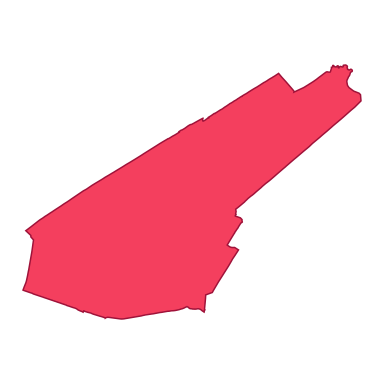 outline of Marsa, Giurgiu, Romania
{"feature_id": "2599482B58006673270206", "entity_name": "Marsa", "entity_type": "district", "adm_level": 2, "iso_a3": "ROU", "parent_name": "Romania", "parent_adm1": "Giurgiu", "projection": "natural_earth1", "projection_center": [25.561, 44.365], "detail": "fine", "context": "isolated", "style": "filled", "palette": "rose", "viewbox_px": 384, "rotation_deg": 0, "n_neighbors": 0, "source": "geoboundaries", "source_scale": "gbopen_adm2", "svg_char_len": 5784}
<svg xmlns="http://www.w3.org/2000/svg" viewBox="0 0 384 384"><path d="M204.1,312.1L204.2,311.8L204.3,311.1L204.7,310.3L204.9,309.7L204.5,309.4L204.8,306.2L205.5,298.5L205.7,294.9L209.5,293.5L212.3,292.5L213.5,290.3L218.5,281.8L221.7,276.8L228.6,265.9L231.1,261.6L232.6,258.9L234.5,256.1L235.3,254.9L238.0,250.7L238.5,249.9L234.7,247.5L234.0,247.5L232.0,247.5L230.3,247.1L228.5,246.0L227.2,245.0L230.9,238.9L233.9,234.0L234.6,233.0L234.6,232.8L234.8,232.6L235.1,231.9L235.8,231.0L236.6,229.7L237.5,228.5L237.9,228.0L238.4,227.0L239.0,226.0L239.4,225.4L240.1,224.2L241.0,223.0L241.2,222.8L241.8,222.5L242.2,222.2L242.3,222.0L242.2,221.5L242.0,220.9L242.0,220.7L242.1,219.8L242.0,219.6L241.7,219.2L241.2,218.7L240.7,218.2L240.5,217.9L237.7,216.9L235.5,216.2L235.3,216.1L235.3,215.9L235.3,215.6L235.5,215.3L235.8,214.8L236.0,214.4L235.7,214.3L235.7,214.1L235.6,213.8L236.1,211.7L235.8,209.9L235.7,209.2L236.5,208.6L238.4,207.1L241.2,204.8L244.5,202.0L245.2,201.2L246.6,199.9L248.1,198.4L249.2,197.5L251.2,195.9L251.7,195.6L253.6,194.1L256.4,191.6L257.1,191.0L261.1,187.6L262.3,186.4L265.7,183.5L269.1,180.9L271.0,179.3L274.7,176.1L277.2,173.9L283.1,168.8L285.5,166.8L286.1,166.2L294.3,159.1L296.5,157.3L299.2,155.0L300.6,153.8L303.9,151.0L306.8,148.6L309.3,146.5L312.4,143.5L319.8,137.3L322.4,135.0L323.7,133.9L326.7,131.4L329.2,129.2L331.5,127.2L332.8,126.0L340.9,119.2L343.3,117.1L351.2,110.1L354.7,107.2L361.0,100.9L360.5,94.7L359.1,93.2L353.7,91.1L349.0,87.6L347.5,85.4L346.8,81.6L347.0,80.2L347.9,78.3L348.2,77.6L348.5,76.8L349.1,76.1L349.5,75.5L349.8,74.8L349.9,74.3L350.1,73.7L350.3,73.1L350.4,72.6L350.7,72.2L350.9,72.1L351.8,71.7L352.2,71.3L352.3,70.9L352.3,70.4L352.2,70.1L351.4,69.4L350.9,69.2L350.6,69.3L349.6,69.9L349.2,70.0L348.8,69.9L348.3,69.6L347.9,69.5L347.6,69.3L347.4,68.9L347.4,68.5L347.5,68.3L347.2,67.8L347.1,67.6L347.2,67.1L347.4,66.6L347.3,66.2L347.0,65.8L346.6,65.5L346.0,65.1L345.5,65.0L345.1,65.0L344.6,65.1L344.0,65.2L343.4,65.2L343.2,65.4L343.2,65.6L343.2,65.9L343.3,66.2L343.2,66.5L342.9,66.9L342.7,66.9L342.3,66.9L341.5,66.7L340.9,66.5L340.5,66.4L340.2,66.5L339.3,67.2L339.1,67.8L338.7,67.9L338.4,67.8L338.2,67.6L338.2,67.4L338.4,67.2L338.5,66.9L338.5,66.3L338.4,66.1L338.2,66.0L337.8,65.8L337.4,65.9L337.0,66.1L336.8,66.5L336.6,66.8L335.8,66.9L335.3,66.9L334.9,66.7L334.0,66.6L333.9,66.5L333.9,66.3L333.9,66.0L333.9,65.8L333.5,65.5L333.2,65.4L332.8,65.5L332.7,65.8L332.8,66.3L332.7,66.6L332.6,66.9L331.4,67.3L331.5,68.3L331.4,68.5L330.5,71.4L330.4,71.7L330.2,72.0L329.8,72.2L329.6,72.2L328.6,72.1L327.1,71.8L326.6,71.9L326.4,72.0L326.1,72.1L325.6,72.4L322.8,74.5L321.5,75.5L318.8,77.5L316.4,79.4L314.1,81.0L312.8,81.9L305.3,86.6L304.0,87.4L303.0,87.9L294.0,92.1L294.2,91.5L293.6,90.7L292.8,89.7L291.6,88.3L285.8,81.6L281.7,77.1L278.6,73.4L274.4,76.2L273.0,77.0L271.8,77.8L270.8,78.3L268.2,79.9L267.3,80.6L264.6,82.2L263.9,82.5L257.3,86.8L255.0,88.1L253.3,89.1L252.0,89.9L251.0,90.5L249.8,91.3L249.4,91.5L247.2,93.0L245.6,94.0L244.4,94.6L242.3,95.9L241.5,96.4L241.6,96.5L241.2,96.6L240.3,97.1L239.0,98.0L238.2,98.5L237.5,98.9L236.8,99.5L235.8,100.1L235.3,100.4L234.0,101.1L232.6,102.1L231.3,102.9L229.9,103.6L229.3,104.1L228.1,104.9L227.7,105.2L226.4,106.1L224.6,107.2L222.6,108.7L221.8,109.2L220.6,109.8L220.1,110.1L218.7,111.0L215.9,112.8L215.3,113.1L215.1,113.2L215.0,113.5L214.2,113.5L211.1,115.7L208.8,117.1L209.0,117.2L208.9,117.8L208.3,118.1L207.9,118.1L206.5,119.1L205.9,119.5L205.7,119.8L205.2,120.1L203.3,121.1L203.0,121.1L202.8,120.9L202.6,120.5L202.6,120.2L202.6,119.7L202.7,119.3L202.9,118.8L203.0,118.3L202.8,118.3L200.1,119.7L191.6,124.4L190.3,124.6L188.2,125.8L185.1,128.1L184.0,128.8L182.3,129.8L180.9,130.3L178.9,131.7L179.2,132.3L178.9,132.4L176.6,133.9L174.6,135.1L172.7,136.1L169.5,138.1L168.6,138.6L168.0,138.7L167.2,139.2L163.8,141.2L159.8,143.6L156.2,145.9L144.1,153.5L141.2,155.4L134.6,159.5L129.5,162.6L126.4,164.4L122.3,167.0L118.0,169.6L114.4,171.8L113.3,172.5L112.2,173.1L108.4,175.4L105.6,177.0L104.6,177.6L103.0,178.7L100.9,180.0L95.2,183.4L92.1,185.3L86.4,189.2L83.3,190.9L71.8,198.7L68.8,200.8L67.0,202.0L63.8,204.0L61.1,205.9L55.1,209.8L52.0,211.9L51.0,212.5L46.8,215.3L45.0,216.4L43.9,217.2L42.8,218.0L42.5,218.2L40.1,219.7L38.5,220.9L30.7,227.0L25.8,230.7L30.8,235.4L30.9,237.0L33.5,239.9L31.9,251.5L30.8,257.8L28.9,268.8L28.8,269.4L28.7,270.0L28.5,270.7L27.6,275.5L26.7,279.7L26.4,281.0L25.9,282.7L24.4,286.4L23.0,290.1L23.9,290.5L30.9,292.9L32.0,293.2L32.4,293.4L32.8,293.7L33.2,293.8L33.5,294.0L33.8,294.1L39.8,296.1L52.5,300.4L54.5,301.1L66.2,305.1L66.6,305.3L67.0,305.6L68.2,305.9L69.4,306.3L72.6,307.4L73.5,307.7L74.4,307.9L74.9,308.1L76.4,308.7L76.7,308.9L78.0,309.9L80.2,310.9L81.5,311.4L82.1,311.6L82.9,312.1L83.1,312.2L83.2,311.9L83.5,311.4L83.6,310.9L83.8,310.8L84.0,310.8L84.4,311.2L84.6,311.3L87.7,312.3L89.8,312.8L90.6,313.0L90.9,313.1L91.7,313.5L93.1,314.1L98.0,315.6L100.2,316.3L100.8,316.4L102.7,317.0L103.6,317.3L104.5,317.6L104.9,317.7L105.1,317.8L105.2,318.2L105.6,317.9L106.0,317.7L107.0,317.4L107.5,317.3L108.3,317.3L109.1,317.4L120.2,318.9L121.8,319.0L123.1,318.9L124.2,318.8L125.2,318.6L141.3,315.9L142.4,315.6L142.7,315.5L143.7,315.3L145.5,314.9L147.6,314.6L151.5,314.0L153.2,313.8L160.0,312.5L161.2,312.4L167.5,311.3L169.2,311.2L171.4,310.8L173.6,310.7L175.2,310.5L176.2,310.3L179.0,309.7L180.8,309.1L182.4,308.7L183.9,308.1L185.6,307.2L186.4,306.9L186.8,306.8L187.0,306.6L187.5,306.9L188.3,307.3L188.6,307.6L188.9,307.9L189.2,308.2L189.5,308.4L190.2,308.7L190.9,308.7L191.3,308.8L191.7,308.8L192.3,309.0L194.2,309.1L195.8,309.1L196.6,309.0L197.4,308.8L197.7,308.8L198.2,308.7L198.5,308.8L198.8,308.9L199.2,308.9L199.5,309.0L200.6,309.5L201.0,309.8L202.2,310.8L202.7,311.2L202.9,311.2L203.1,311.1L203.3,311.3L203.5,311.7L204.1,312.1Z" fill="#f43f5e" stroke="#9f1239" stroke-width="1.5"/></svg>